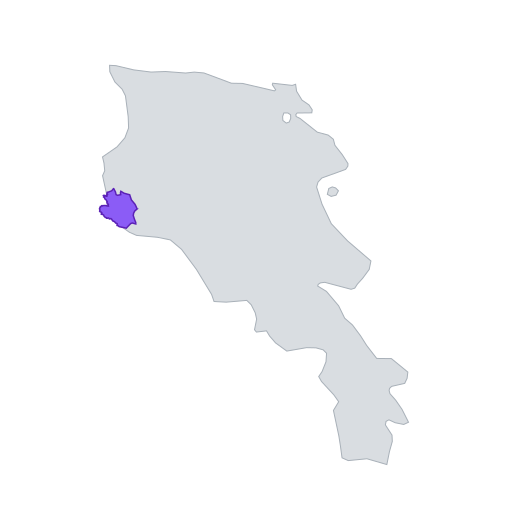 Baghramyan, Armavir, Armenia (highlighted), rotated 14°
{"feature_id": "60910142B80677227285928", "entity_name": "Baghramyan", "entity_type": "district", "adm_level": 2, "iso_a3": "ARM", "parent_name": "Armenia", "parent_adm1": "Armavir", "projection": "robinson", "projection_center": [43.725, 40.166], "detail": "fine", "context": "in_parent", "style": "filled", "palette": "violet", "viewbox_px": 512, "rotation_deg": 14, "n_neighbors": 0, "source": "geoboundaries", "source_scale": "gbopen_adm2", "svg_char_len": 4953}
<svg xmlns="http://www.w3.org/2000/svg" viewBox="0 0 512 512"><g transform="rotate(14 256 256)"><path d="M226.3,310.3L222.2,304.0L201.4,283.4L182.2,267.6L169.0,261.1L155.7,261.7L135.1,264.9L127.5,263.6L109.6,256.7L94.6,248.6L96.7,245.2L99.8,242.8L96.1,232.2L87.7,215.2L88.6,209.9L86.0,202.6L83.1,197.0L94.8,183.7L100.2,173.0L101.4,162.6L98.3,151.8L90.6,132.2L85.8,126.6L77.0,121.3L69.6,112.6L67.8,106.4L74.0,105.2L92.2,105.0L109.7,102.9L123.5,98.9L143.4,95.5L151.6,92.5L161.2,91.0L190.4,94.3L201.2,91.8L234.0,91.3L234.9,90.0L230.4,85.9L230.4,84.3L249.9,81.7L252.9,79.8L255.5,86.3L262.9,93.6L270.9,96.6L275.2,100.6L275.5,103.6L261.3,107.3L260.4,109.2L261.3,111.0L265.5,111.9L285.5,121.0L296.8,121.2L302.8,124.0L305.8,129.5L315.3,136.9L322.9,144.1L323.4,146.6L322.0,150.3L301.0,164.4L298.3,169.3L298.1,174.4L307.5,189.7L321.3,206.5L341.2,219.2L368.7,233.0L369.1,241.6L364.9,251.8L361.2,258.7L359.6,263.3L356.3,265.3L329.1,264.9L325.0,266.5L323.2,268.5L323.1,270.2L332.9,273.3L348.2,284.3L357.1,294.9L366.3,299.6L376.7,308.1L385.0,316.0L397.9,326.2L412.2,322.8L431.4,331.9L432.2,338.1L431.1,343.6L419.1,349.7L417.6,352.2L417.7,354.3L419.3,357.2L426.4,362.1L434.8,369.5L444.2,380.4L440.1,383.7L431.4,384.1L424.6,382.8L422.2,385.0L422.4,388.6L431.3,396.9L433.1,402.9L432.8,413.5L433.4,426.7L412.7,425.9L395.0,432.2L388.3,431.0L383.8,419.7L379.9,410.5L368.5,387.1L371.5,377.4L365.1,371.9L349.9,361.9L346.0,357.8L348.1,352.1L349.5,341.7L348.0,333.3L343.9,330.8L336.4,330.6L327.2,332.7L308.9,340.8L296.0,335.6L288.6,330.4L284.3,326.1L274.8,329.7L272.4,327.9L271.9,317.1L269.0,311.3L263.2,304.5L257.8,301.3L238.2,308.0L226.3,310.3ZM255.8,118.0L256.4,114.1L255.4,110.6L252.3,109.5L248.4,110.5L248.1,114.3L249.3,118.0L253.2,119.7L255.8,118.0ZM319.0,177.6L314.5,180.0L310.3,178.9L310.3,172.9L313.3,170.5L316.8,170.7L320.2,172.8L319.0,177.6Z" fill="#d9dde1" stroke="#a8b0b8" stroke-width="1"/><path d="M96.6,230.0L96.3,230.1L96.3,230.3L96.5,230.4L96.6,230.5L96.4,230.7L96.2,230.7L96.1,230.9L96.1,231.2L96.2,231.4L96.5,231.7L96.6,231.9L96.9,232.0L97.0,232.1L96.9,232.2L96.7,232.1L96.4,232.1L96.4,232.3L96.5,232.4L96.6,232.5L96.7,232.8L96.5,233.0L96.2,233.1L96.1,233.4L96.2,233.6L96.3,233.7L96.4,233.8L96.6,233.9L96.9,233.9L96.9,234.1L96.5,234.2L96.1,234.3L95.6,234.2L95.0,233.9L94.6,233.8L93.9,233.9L93.7,233.9L93.4,234.1L93.2,234.3L93.3,234.5L93.7,234.5L93.8,234.6L93.9,234.9L94.0,235.1L94.5,235.4L94.5,235.6L94.3,235.8L94.6,235.9L94.9,236.0L95.0,236.3L95.2,236.6L95.4,236.9L95.6,237.2L96.1,237.4L96.8,237.7L97.2,238.0L97.4,238.2L97.5,238.4L97.7,238.6L97.9,238.7L98.1,238.9L98.2,239.0L98.4,239.1L98.3,239.3L98.2,239.7L98.4,239.8L98.6,240.0L98.6,240.3L98.6,240.5L98.8,240.7L98.9,241.0L99.1,241.2L99.5,241.3L99.6,241.2L99.7,241.4L99.8,241.6L100.1,241.6L100.4,241.9L100.4,242.1L100.4,242.8L100.5,243.0L100.7,243.3L100.4,243.4L100.0,243.3L99.9,243.3L99.6,243.4L99.4,243.5L99.1,243.5L98.8,243.2L98.6,243.2L98.4,243.3L98.2,243.4L97.9,243.5L97.6,243.5L97.2,243.5L96.8,243.7L96.5,243.8L96.2,243.9L96.0,244.0L95.7,244.0L95.2,244.1L95.0,244.5L94.9,244.6L94.6,244.7L94.4,244.5L94.1,244.5L94.0,244.8L93.9,245.0L93.7,245.2L93.4,245.6L93.0,245.7L93.0,245.8L93.1,246.0L93.3,246.2L93.3,246.3L93.3,246.5L93.1,246.6L92.9,246.7L92.8,246.9L92.8,247.0L92.9,247.3L92.9,247.5L92.7,247.8L92.7,248.0L92.8,248.2L93.0,248.6L93.5,249.1L93.4,249.5L93.4,249.8L93.4,250.4L93.6,250.6L94.0,250.8L94.4,250.9L94.7,250.9L95.0,250.8L95.4,251.1L95.6,251.2L95.8,251.3L96.0,251.4L96.1,251.7L96.0,251.9L95.9,252.1L95.7,252.3L95.8,252.6L95.8,252.9L96.1,252.9L96.4,252.9L96.6,252.8L96.8,252.9L97.0,252.9L97.3,252.8L97.6,252.9L97.8,252.9L98.1,253.1L98.3,253.2L98.5,253.3L98.6,253.6L98.8,254.0L99.0,254.2L99.3,254.4L99.6,254.5L99.9,254.7L100.2,254.9L100.3,255.0L100.5,255.1L100.8,255.1L101.2,255.0L101.6,255.0L101.8,255.2L102.0,255.5L102.5,255.4L102.8,255.3L102.9,255.1L103.1,254.9L103.4,254.8L103.7,254.8L103.9,254.8L104.1,255.0L104.5,255.4L104.7,255.5L105.0,255.5L105.3,255.4L105.4,255.1L105.6,255.0L105.8,254.9L106.1,254.8L106.3,255.0L106.6,255.1L106.9,255.1L107.1,255.2L107.2,255.3L107.3,255.5L107.7,255.9L107.9,256.1L108.1,256.3L108.3,256.4L108.6,256.4L108.8,256.5L108.9,256.8L109.1,256.9L109.5,256.8L110.0,256.8L110.3,256.8L110.7,257.0L110.9,257.3L111.2,257.5L111.4,257.6L111.6,257.8L111.8,258.0L112.3,258.0L112.7,258.0L113.2,258.1L113.5,258.2L113.7,258.5L113.6,259.0L113.6,259.4L113.6,259.7L113.8,260.0L114.1,260.0L114.5,259.9L114.8,259.9L115.0,260.1L115.5,260.3L115.8,260.5L116.2,260.6L116.5,260.6L116.9,260.6L117.0,260.6L117.3,260.6L117.5,260.6L121.2,260.4L123.4,260.4L125.3,257.0L126.6,254.8L128.1,253.9L131.6,254.0L131.2,252.5L129.9,250.8L128.7,249.0L127.1,246.4L126.9,244.0L127.5,241.6L129.3,239.1L129.2,239.1L128.0,237.4L126.1,235.1L121.5,231.7L118.6,227.1L116.5,227.1L112.6,227.0L110.9,226.4L109.2,225.9L109.2,227.5L109.9,229.2L107.0,230.6L105.4,230.3L104.1,227.8L101.7,225.1L101.4,225.1L100.3,227.5L99.7,228.0L96.7,230.1L96.6,230.0Z" fill="#8b5cf6" stroke="#5b21b6" stroke-width="1.5"/></g></svg>